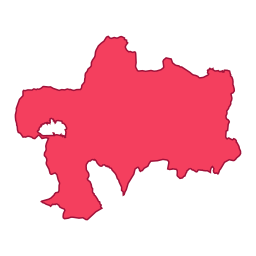 the district of Tanah Datar, Sumatera Barat, Indonesia
{"feature_id": "22746128B43985885623603", "entity_name": "Tanah Datar", "entity_type": "district", "adm_level": 2, "iso_a3": "IDN", "parent_name": "Indonesia", "parent_adm1": "Sumatera Barat", "projection": "natural_earth1", "projection_center": [100.576, -0.47], "detail": "fine", "context": "isolated", "style": "filled", "palette": "rose", "viewbox_px": 256, "rotation_deg": 0, "n_neighbors": 0, "source": "geoboundaries", "source_scale": "gbopen_adm2", "svg_char_len": 5731}
<svg xmlns="http://www.w3.org/2000/svg" viewBox="0 0 256 256"><path d="M16.3,108.4L16.4,110.5L15.4,114.7L15.4,117.1L15.7,120.2L16.6,123.3L16.7,125.2L17.2,126.3L17.5,130.0L18.3,132.4L19.9,133.0L21.0,134.1L23.0,137.1L24.5,136.9L25.7,137.1L27.2,136.4L29.0,136.3L31.8,137.2L33.1,138.3L34.8,138.6L38.3,135.3L39.2,135.2L42.0,138.5L46.4,137.6L47.2,138.1L48.5,138.3L46.4,143.5L45.8,146.1L46.2,149.4L45.6,151.2L44.6,152.7L44.3,155.0L44.5,155.8L45.5,156.7L46.6,158.6L46.8,160.5L46.2,162.9L46.4,164.3L49.0,169.2L50.1,173.4L50.9,174.2L51.7,174.3L54.5,173.1L55.2,173.0L56.9,174.6L58.2,179.8L59.5,182.7L59.6,183.5L59.1,185.5L59.0,190.7L58.1,192.3L55.8,192.7L54.5,194.0L54.2,194.9L51.0,198.0L48.7,199.2L41.6,201.2L41.3,201.6L42.3,202.1L43.0,202.8L44.2,203.0L46.1,204.2L49.6,205.4L50.6,206.3L52.5,204.3L53.1,204.5L54.3,204.3L55.3,204.5L56.1,203.9L56.9,204.0L58.7,205.1L59.9,207.1L62.0,208.2L64.2,209.0L64.9,210.3L63.4,213.7L63.1,216.5L63.3,217.8L64.5,218.7L68.2,218.2L70.9,217.2L72.7,217.2L79.0,218.1L82.9,217.7L86.0,219.6L87.4,219.6L95.8,211.8L101.9,208.2L100.6,206.7L100.6,206.2L101.1,205.6L101.1,204.9L100.2,204.2L99.8,203.2L99.8,202.1L99.4,201.7L98.8,201.7L98.1,200.7L97.7,199.6L96.2,197.2L95.2,195.8L94.2,195.1L94.1,193.8L93.4,193.4L92.5,191.9L92.6,188.6L91.7,187.4L91.2,184.5L90.0,181.7L88.1,180.3L87.3,178.9L88.1,177.7L88.9,176.0L88.8,174.2L88.4,172.9L86.4,170.0L86.1,166.1L86.4,164.3L88.3,161.5L89.3,161.0L90.3,161.0L91.6,159.8L92.8,159.5L94.1,160.1L94.4,159.5L95.2,159.8L96.1,160.8L97.3,163.2L99.0,165.1L100.2,166.0L101.3,166.2L102.3,165.8L102.8,165.0L104.5,164.8L106.2,166.4L106.8,166.0L107.5,166.2L107.9,166.8L108.8,166.5L109.4,167.7L111.4,168.4L112.1,170.0L115.1,173.3L116.2,175.1L117.4,178.6L118.6,179.9L119.3,182.3L121.6,187.1L121.6,190.4L123.1,191.7L123.3,195.1L124.1,194.6L125.0,191.9L126.3,189.6L128.1,183.4L133.8,174.1L135.0,169.1L137.0,167.6L137.9,167.3L138.3,167.4L139.5,169.4L139.5,170.3L140.4,171.4L141.5,170.7L142.4,170.5L144.1,168.3L144.9,167.8L144.7,167.6L144.9,167.8L147.8,166.2L149.1,163.5L150.7,161.2L157.5,160.7L162.9,159.4L166.7,159.9L167.8,160.4L168.8,161.9L168.8,163.0L167.7,168.9L169.6,169.5L172.3,169.1L172.4,168.8L176.4,169.4L177.2,170.5L177.3,172.7L177.1,175.2L177.5,176.1L180.0,178.4L182.5,177.9L183.7,176.4L184.9,176.0L185.8,173.5L186.8,171.8L186.9,170.9L188.3,169.8L188.8,169.1L190.3,168.6L191.0,168.8L192.3,170.0L193.1,169.9L196.2,171.9L197.2,171.6L198.2,170.0L198.9,169.9L201.5,170.2L202.2,170.1L203.1,170.5L205.6,170.8L207.3,170.7L210.4,172.4L210.4,170.6L210.9,168.5L211.8,167.0L212.5,166.5L214.0,168.8L213.4,170.4L213.7,172.2L214.9,173.3L216.8,173.0L217.9,173.9L218.5,173.1L219.7,169.8L220.5,169.0L224.5,162.3L229.2,159.7L233.3,160.6L234.3,160.4L235.7,159.2L236.5,158.0L239.5,155.5L240.6,153.6L240.5,151.1L239.4,148.7L238.9,146.3L236.9,142.6L236.4,142.4L236.3,140.8L235.8,140.0L234.8,139.1L233.7,138.7L233.1,139.5L232.5,139.8L231.1,139.3L229.0,138.1L228.5,138.0L227.1,138.9L226.2,138.0L225.7,136.8L226.1,131.3L226.4,130.8L227.6,130.5L228.2,124.3L229.3,121.9L229.0,121.0L228.0,119.7L226.8,119.1L226.2,118.1L225.9,115.9L226.7,114.4L227.0,113.1L226.7,111.0L228.5,108.6L229.0,106.9L229.8,105.9L230.8,103.9L230.7,101.9L231.6,100.2L231.9,98.1L231.0,94.0L231.5,93.4L233.0,92.8L234.3,90.9L234.1,88.7L233.3,85.5L232.9,84.6L233.0,81.7L232.7,79.4L231.9,77.2L230.5,75.9L230.7,74.6L230.3,74.0L229.6,71.1L227.2,70.3L224.4,70.2L223.9,72.0L223.1,72.1L222.8,71.0L222.4,70.8L221.9,71.6L221.1,71.2L220.8,71.5L219.8,71.6L218.9,71.2L218.4,70.6L215.5,71.0L214.6,70.8L213.1,69.8L212.9,68.6L212.0,69.3L211.4,69.0L210.4,69.1L210.0,68.4L209.6,68.4L208.9,69.9L207.7,70.1L207.5,70.4L207.9,71.2L207.5,72.8L208.7,74.0L207.9,75.1L203.3,77.4L199.7,77.9L198.7,77.4L197.9,76.4L195.8,75.5L193.2,74.9L191.9,74.1L189.8,72.3L181.7,67.0L180.1,66.9L178.9,65.9L176.2,65.4L175.2,65.0L172.5,62.8L171.2,59.0L166.1,57.9L163.7,59.9L163.0,61.3L163.7,66.4L163.6,67.6L161.0,69.7L156.6,71.0L154.1,71.2L151.0,70.5L145.6,71.3L142.3,70.7L138.5,71.1L137.4,70.5L135.7,67.2L135.6,65.8L136.1,62.8L135.7,53.6L135.4,52.3L134.6,51.9L132.4,52.4L130.3,51.5L128.7,51.8L126.8,50.2L125.7,48.3L125.3,46.9L125.9,45.3L127.7,42.9L127.6,42.6L126.6,42.0L126.6,40.2L124.5,39.5L124.5,38.0L121.6,36.6L120.3,36.7L117.7,38.0L116.6,38.1L114.2,37.5L111.5,38.4L109.9,38.1L108.3,36.4L107.2,36.7L106.3,37.4L104.0,41.1L101.1,43.3L98.4,45.9L96.1,50.2L95.5,52.0L95.1,55.6L94.6,57.1L92.4,60.3L91.4,62.6L91.3,65.8L90.3,67.2L88.1,69.0L87.1,71.4L85.5,73.3L85.1,75.3L85.2,77.3L84.8,78.7L84.5,82.1L82.1,85.0L81.8,85.6L81.5,88.0L80.5,89.5L76.6,89.6L74.6,90.3L73.2,90.4L70.1,89.4L69.5,89.6L67.3,89.0L64.7,89.9L61.7,89.6L59.1,90.4L53.2,88.4L50.6,86.9L48.5,87.0L43.6,86.5L43.0,86.6L41.3,88.1L39.0,89.3L37.4,89.0L36.2,89.6L33.9,88.9L31.9,90.1L27.9,89.9L25.1,90.7L23.6,90.4L23.0,91.3L23.0,95.7L19.5,99.4L16.3,108.4ZM41.7,125.4L42.1,124.3L42.9,123.9L43.5,124.1L43.9,123.6L44.4,123.6L45.0,122.9L45.6,122.9L46.3,123.3L46.6,122.6L47.2,122.5L47.4,123.4L47.7,122.7L48.6,123.2L49.0,122.9L49.8,123.4L49.8,122.7L50.2,122.4L50.0,121.6L50.2,121.0L49.6,120.4L50.1,119.8L50.1,118.9L51.1,118.4L51.7,118.5L52.4,119.1L53.3,119.2L53.5,120.0L53.4,120.9L54.5,121.3L54.5,120.9L54.7,121.1L54.6,121.9L54.9,121.9L55.2,123.0L55.7,122.5L55.8,121.6L56.5,120.7L58.1,120.5L61.9,121.2L62.3,123.1L63.8,123.3L64.5,124.3L65.1,124.6L66.7,128.0L66.5,129.2L65.2,129.6L66.0,132.1L65.3,136.8L65.5,137.2L65.2,137.4L65.0,136.8L64.6,137.0L64.3,136.1L63.9,136.3L63.8,135.9L62.5,135.5L62.3,136.2L61.9,135.7L61.4,135.7L61.5,135.3L60.8,135.4L60.8,134.6L60.4,135.0L60.5,135.4L60.2,135.5L56.7,134.7L54.8,135.1L53.9,133.1L53.3,133.0L54.2,135.5L43.2,135.7L41.4,135.0L40.5,133.9L38.1,132.5L37.4,131.3L37.9,130.5L38.5,130.5L39.1,129.7L39.0,128.7L39.7,127.2L41.0,126.6L41.0,125.2L41.7,125.4Z" fill="#f43f5e" stroke="#9f1239" stroke-width="1.5"/></svg>